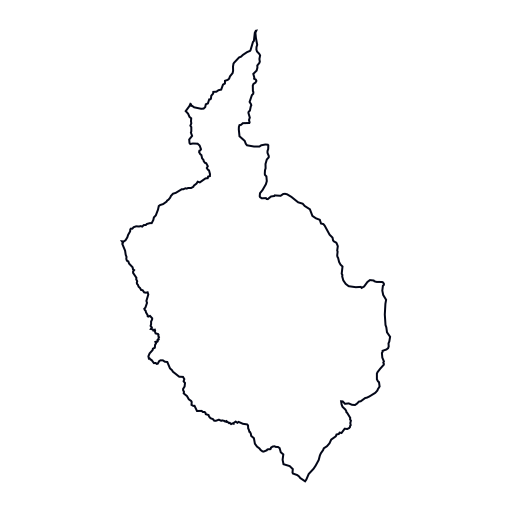 outline of Mallama (Piedrancha), Nariño, Colombia
{"feature_id": "7082276B67820358645790", "entity_name": "Mallama (Piedrancha)", "entity_type": "district", "adm_level": 2, "iso_a3": "COL", "parent_name": "Colombia", "parent_adm1": "Nariño", "projection": "natural_earth1", "projection_center": [-77.865, 1.189], "detail": "fine", "context": "isolated", "style": "outline", "palette": "ink", "viewbox_px": 512, "rotation_deg": 0, "n_neighbors": 0, "source": "geoboundaries", "source_scale": "gbopen_adm2", "svg_char_len": 6070}
<svg xmlns="http://www.w3.org/2000/svg" viewBox="0 0 512 512"><path d="M305.1,481.3L306.3,479.6L308.7,474.0L313.6,468.7L315.6,465.7L318.7,460.0L319.9,455.4L320.9,453.2L323.1,450.1L323.8,448.3L327.0,446.2L329.5,443.3L331.2,439.6L335.8,436.3L336.5,434.5L338.8,434.0L339.6,432.6L341.5,433.0L344.7,428.7L347.2,429.0L349.1,428.1L350.0,427.0L350.1,425.9L350.7,425.1L350.3,423.1L350.9,420.6L350.1,419.5L350.2,417.8L347.2,412.9L346.4,412.2L346.3,411.2L345.4,409.6L342.5,406.8L341.6,404.5L341.1,401.3L342.7,401.4L345.0,403.8L348.7,403.4L352.0,404.8L355.0,405.0L357.0,403.6L358.9,401.6L360.7,401.3L365.2,398.0L366.8,397.7L369.3,396.5L375.3,392.8L377.4,390.5L377.8,389.3L379.6,386.5L379.0,382.2L378.0,381.4L376.9,379.3L376.9,373.6L377.5,372.2L380.2,368.7L383.8,364.7L383.8,363.6L383.3,362.7L383.9,361.4L382.3,357.6L381.9,353.0L382.6,351.8L382.6,350.8L386.4,349.5L388.1,348.2L388.7,346.4L388.5,343.4L389.3,341.5L390.1,336.8L387.0,332.3L386.3,327.3L385.5,325.0L384.8,314.5L385.4,303.8L386.1,299.8L383.2,295.0L382.3,290.6L382.9,285.8L383.9,284.8L383.9,283.8L383.1,282.5L382.1,282.0L376.5,281.9L374.4,281.3L373.7,280.5L369.9,280.1L367.4,282.0L364.1,286.5L361.6,287.9L360.8,286.9L355.8,287.2L348.7,286.2L345.7,283.9L343.3,280.4L342.2,276.4L342.4,275.0L341.7,273.7L342.5,266.5L340.5,264.6L339.1,262.0L338.1,257.9L337.4,256.7L337.2,255.3L337.6,251.7L337.2,250.5L337.8,246.2L336.9,243.9L336.3,242.7L333.9,241.4L333.1,240.5L332.5,237.6L329.6,234.7L324.7,225.7L323.4,224.1L321.0,223.5L319.8,219.8L315.9,218.3L312.4,215.9L309.9,209.3L304.7,206.0L302.7,203.7L298.1,202.3L291.4,196.9L287.1,194.3L285.0,193.8L283.2,194.0L280.6,195.8L274.7,195.4L274.3,196.0L271.0,196.5L267.8,199.1L266.6,199.0L265.9,198.1L261.8,198.3L260.1,197.2L259.7,196.2L260.0,193.2L262.5,190.1L265.9,184.2L266.8,181.1L266.4,176.4L264.9,174.8L264.8,173.5L265.0,170.2L265.6,168.3L265.5,164.0L266.8,159.5L268.7,157.4L268.8,156.1L267.5,152.9L267.5,151.0L268.2,149.0L268.3,145.3L267.8,144.7L265.3,144.5L261.2,145.3L259.5,146.5L253.8,146.5L247.0,145.3L245.8,143.8L244.7,140.9L239.5,136.3L238.8,129.4L238.9,126.9L239.5,125.1L241.1,124.8L242.8,123.2L249.3,123.0L249.6,122.3L249.0,120.0L249.8,117.6L248.4,112.8L248.7,111.7L249.9,110.6L250.8,106.3L251.3,105.3L251.0,104.2L249.6,101.9L251.9,95.1L253.2,93.8L253.4,92.1L252.9,91.0L252.8,85.5L253.5,83.9L255.5,82.6L256.4,80.9L255.8,79.6L254.1,78.7L254.3,77.5L253.3,73.9L256.6,70.6L257.4,67.7L257.3,65.5L259.3,63.0L259.8,61.7L259.4,59.0L260.1,55.4L259.2,53.8L257.0,51.5L256.4,49.6L256.5,47.0L257.2,44.8L255.9,37.9L255.4,32.7L256.3,30.7L255.8,30.8L254.8,32.8L253.9,40.9L253.0,41.9L250.5,50.2L250.0,50.9L247.1,52.1L242.9,54.9L241.0,56.7L239.1,57.4L234.2,62.6L233.5,63.6L233.0,66.5L233.1,70.8L232.6,73.1L230.0,76.3L229.1,78.7L227.7,79.9L225.0,80.8L224.9,83.5L223.0,84.6L221.2,89.6L218.5,90.2L216.4,91.7L213.3,91.9L213.1,93.6L211.3,95.7L210.9,98.7L210.4,99.3L209.2,99.4L207.9,103.4L205.8,104.3L205.2,107.1L203.6,108.6L201.2,108.8L194.1,107.3L192.2,105.9L191.4,105.9L191.0,104.3L190.4,103.9L189.4,106.1L185.7,111.1L188.1,113.7L189.5,116.9L191.2,118.3L191.0,121.2L191.3,123.3L190.4,125.7L191.3,127.1L191.3,131.3L190.9,132.6L192.1,135.9L189.2,139.5L189.5,143.0L190.3,144.0L192.9,143.5L197.6,143.7L199.6,145.5L201.0,149.2L200.3,150.4L199.4,150.7L199.1,152.1L200.2,154.1L201.4,155.1L202.1,158.3L203.5,160.0L203.7,161.1L204.9,162.8L206.2,163.2L207.8,166.2L206.8,168.0L207.9,169.7L209.0,170.4L210.0,174.1L209.9,176.1L208.1,176.6L207.7,178.2L205.5,178.4L199.8,182.4L197.7,181.7L196.5,183.6L193.9,185.6L193.3,186.8L191.1,188.0L188.1,188.0L186.7,188.6L185.5,188.3L183.1,189.3L181.8,189.2L175.7,192.9L173.0,193.7L170.9,196.0L170.2,197.6L168.5,199.7L167.1,200.6L166.6,201.6L163.1,204.1L160.2,205.0L158.8,206.0L158.0,209.6L155.8,215.4L153.9,217.4L153.3,220.0L151.7,223.1L150.0,223.1L146.8,224.0L145.8,225.0L143.7,225.1L142.2,226.6L140.8,226.1L139.0,226.5L136.2,226.3L133.6,227.2L132.3,228.7L130.8,228.7L130.3,229.4L130.1,231.4L128.1,234.9L127.3,237.4L125.5,240.3L123.7,241.5L121.9,241.3L122.9,242.9L122.3,243.9L125.1,250.7L125.7,254.8L126.5,256.9L126.3,258.9L126.9,260.7L128.3,261.4L129.1,263.6L132.6,267.3L133.0,269.3L134.1,270.1L133.1,271.4L133.1,272.9L136.4,277.8L136.2,279.2L137.2,281.3L136.8,282.7L137.0,283.8L137.9,284.8L138.6,286.7L140.1,288.1L141.1,290.0L142.6,290.2L144.2,292.4L146.0,292.7L147.6,292.3L148.3,294.5L146.4,300.9L147.0,302.9L145.4,307.6L144.3,308.8L144.8,310.0L145.6,310.7L146.0,312.4L147.6,315.1L147.7,316.3L148.3,316.6L150.0,315.9L152.2,318.3L152.1,319.5L151.1,321.5L151.1,324.2L150.6,325.9L151.8,327.4L150.8,329.0L152.7,329.4L153.3,330.5L154.8,329.7L155.1,330.5L154.8,331.2L155.6,333.4L158.0,334.0L158.5,334.7L158.3,335.9L159.0,337.2L158.4,338.3L158.7,339.4L157.6,339.9L157.8,341.0L157.4,341.7L156.9,341.9L156.6,341.5L155.4,341.9L156.0,343.4L155.1,344.8L154.8,347.7L152.9,348.7L152.6,350.1L149.6,353.4L148.4,356.3L148.9,358.6L149.6,358.4L150.6,359.7L151.4,359.8L153.9,363.1L155.7,363.0L156.7,363.9L157.7,363.7L159.2,361.1L160.5,360.3L162.8,360.3L164.8,361.7L167.3,362.0L170.0,368.4L172.0,370.2L172.9,371.7L179.2,376.7L183.0,376.9L184.3,379.1L183.6,381.3L185.0,383.0L184.6,386.5L183.1,388.9L183.1,390.1L184.0,391.9L183.7,393.4L187.0,396.1L188.8,399.3L191.2,401.0L191.7,402.0L191.5,404.9L193.3,405.9L194.5,405.8L197.0,411.0L201.6,410.9L202.9,412.0L204.6,412.0L205.4,412.8L205.8,414.2L208.5,415.0L209.1,416.6L210.5,418.2L212.9,419.1L214.2,420.7L215.8,420.8L218.9,419.7L221.2,420.8L222.1,420.4L224.6,421.0L225.2,421.6L226.4,421.1L226.7,421.9L227.4,421.8L229.0,423.1L229.7,422.8L231.1,424.1L232.5,423.4L233.5,423.7L233.5,423.1L235.7,421.6L237.4,422.8L238.6,421.9L242.9,423.8L247.1,424.4L248.0,425.4L248.2,428.6L248.7,429.3L249.4,431.8L249.9,431.9L250.8,433.6L251.2,435.9L253.9,438.2L254.9,443.7L257.0,446.6L259.4,448.4L260.6,450.0L262.5,451.4L263.6,451.6L266.8,450.3L267.1,449.7L267.9,449.3L270.2,449.2L270.7,448.8L271.0,447.6L272.8,446.5L274.6,446.3L275.7,446.9L278.0,447.0L279.6,448.1L280.8,452.3L283.3,454.4L282.6,459.8L283.5,464.2L289.7,466.1L292.8,469.1L292.5,472.5L292.9,473.5L297.3,475.1L299.1,476.5L300.2,478.0L305.1,481.3Z" fill="none" stroke="#020617" stroke-width="2"/></svg>